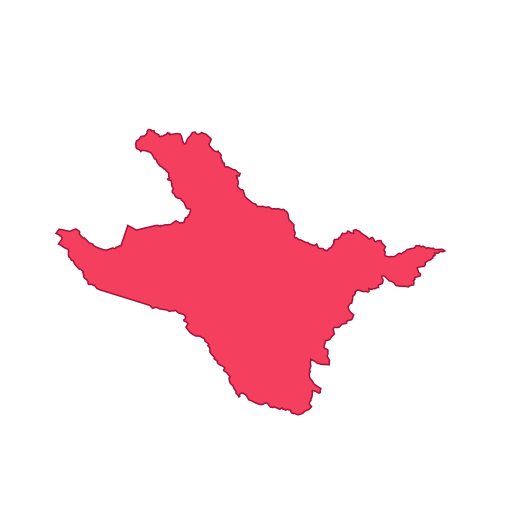 Tauá, Ceará, Brazil, rotated 63°
{"feature_id": "56859067B63965613485254", "entity_name": "Tauá", "entity_type": "district", "adm_level": 2, "iso_a3": "BRA", "parent_name": "Brazil", "parent_adm1": "Ceará", "projection": "orthographic", "projection_center": [-40.274, -5.877], "detail": "fine", "context": "isolated", "style": "filled", "palette": "rose", "viewbox_px": 512, "rotation_deg": 63, "n_neighbors": 0, "source": "geoboundaries", "source_scale": "gbopen_adm2", "svg_char_len": 6142}
<svg xmlns="http://www.w3.org/2000/svg" viewBox="0 0 512 512"><g transform="rotate(63 256 256)"><path d="M373.8,335.2L373.7,334.1L372.6,334.0L371.6,332.8L371.6,330.9L372.4,329.9L374.8,328.3L376.2,327.9L381.0,327.7L382.8,325.8L386.7,323.1L390.2,319.9L391.0,318.3L391.3,316.8L391.1,315.3L392.0,312.8L397.2,311.8L398.8,309.5L398.6,308.3L403.5,304.3L403.0,301.8L404.6,301.6L405.6,300.3L406.9,299.5L406.8,297.8L409.4,295.1L410.2,295.6L412.0,295.5L413.4,294.4L413.4,293.4L416.0,291.3L416.8,290.1L417.4,286.0L416.4,282.9L416.8,278.6L415.6,274.9L411.9,275.7L410.0,273.8L409.8,272.7L408.5,272.0L406.7,269.9L403.2,267.6L401.8,267.3L402.1,266.0L404.2,263.9L406.6,262.5L406.9,260.7L405.6,260.3L403.5,258.4L396.9,262.3L391.4,262.8L389.7,263.6L386.5,262.7L384.3,261.4L383.6,260.0L382.4,260.3L380.0,258.3L379.3,257.2L374.9,255.7L374.2,254.6L372.8,254.1L377.0,251.1L379.7,249.9L380.4,248.6L381.8,247.6L386.2,240.1L384.0,239.2L382.5,237.9L377.4,238.1L376.1,236.5L372.5,234.6L371.4,235.0L369.4,236.7L368.1,236.8L366.7,236.0L365.1,234.1L363.6,233.4L363.0,231.7L363.9,230.4L363.6,227.7L362.2,225.3L361.2,221.6L356.3,220.5L355.4,219.5L355.3,218.2L356.7,216.1L357.2,214.2L355.7,210.2L356.9,206.7L356.9,205.6L355.4,205.3L355.4,202.8L356.1,200.2L355.7,198.8L352.9,195.7L348.7,197.4L346.1,197.6L343.0,197.0L341.0,193.5L341.5,192.2L338.3,189.5L335.8,188.1L335.3,185.8L334.2,184.2L333.1,184.2L332.4,180.7L336.4,176.7L337.7,173.8L339.0,172.6L338.7,171.2L336.1,170.3L337.6,169.1L338.1,168.1L338.6,165.8L339.2,164.9L339.1,162.3L339.8,161.1L337.5,160.2L337.8,156.1L336.4,154.4L334.8,153.6L332.0,153.7L331.2,152.7L331.2,151.7L332.3,150.7L338.5,148.6L341.0,146.1L342.6,145.2L345.3,144.9L346.5,144.0L349.7,139.1L350.8,136.6L352.8,134.4L352.2,132.7L353.3,128.6L350.8,127.0L349.5,127.3L349.0,125.0L347.6,124.9L347.4,123.6L348.3,119.0L347.6,117.9L346.0,117.7L344.7,118.6L339.6,117.7L339.6,116.5L341.5,110.8L340.7,109.2L338.8,108.4L338.3,104.7L338.6,102.3L337.9,99.2L336.4,98.5L336.8,97.1L336.6,96.0L334.5,95.5L336.3,92.1L335.4,90.2L337.2,87.4L337.2,85.4L334.4,87.2L331.7,93.2L330.8,94.2L329.4,94.6L329.4,95.6L326.6,99.1L326.6,100.5L323.0,102.7L322.9,104.6L320.7,105.8L320.8,107.1L319.8,107.9L319.5,109.0L320.8,111.0L318.8,118.5L319.8,121.1L319.6,122.5L320.1,125.8L319.0,126.4L318.5,127.7L319.3,131.4L319.1,133.8L317.4,136.6L317.4,137.7L316.3,138.9L314.5,140.8L312.9,140.4L311.0,138.9L309.7,139.3L308.5,139.1L306.5,136.4L302.1,137.8L298.9,137.7L297.7,140.3L297.5,143.0L296.6,143.5L293.9,143.5L292.1,144.0L292.1,145.3L292.7,147.1L291.6,148.1L290.1,148.1L283.3,151.9L280.9,152.6L279.3,154.2L278.0,154.8L277.4,157.6L280.1,158.9L278.1,161.2L276.2,162.0L275.4,163.0L276.9,164.9L276.1,167.3L275.0,168.6L277.5,172.6L277.4,173.7L278.3,175.1L277.0,178.6L277.6,179.6L280.2,181.1L282.6,185.3L282.3,187.1L283.6,190.4L282.4,191.1L282.4,192.2L279.7,193.0L277.6,196.7L272.9,196.5L273.2,199.2L269.2,203.1L267.7,203.5L266.6,205.4L261.9,208.9L260.6,210.5L258.1,211.7L257.6,212.9L256.2,213.0L253.1,210.5L249.6,210.3L245.3,208.0L238.5,210.2L233.2,208.4L230.1,208.6L229.0,209.8L227.8,209.6L226.8,210.4L226.4,212.3L223.8,214.7L223.5,216.3L221.8,218.7L221.6,220.3L218.0,222.3L217.1,225.2L214.4,227.8L214.5,228.9L213.1,230.7L212.7,232.4L209.5,232.7L207.4,235.0L198.2,238.9L191.7,237.6L190.7,238.0L190.1,239.5L186.2,240.9L184.5,240.1L183.6,239.0L182.4,238.4L179.0,237.5L177.7,237.9L177.3,236.9L175.7,236.9L177.2,234.6L175.2,232.6L173.9,234.1L170.2,235.2L168.2,237.5L163.9,240.5L162.7,242.9L161.1,243.1L158.9,242.1L158.3,243.0L155.0,242.9L151.5,242.3L150.5,241.3L147.8,241.5L146.4,242.2L145.2,242.2L145.3,243.5L143.3,245.7L136.6,247.4L135.2,247.3L132.4,243.6L131.2,242.8L124.9,245.2L121.2,248.6L121.7,249.8L121.3,252.5L120.4,253.5L117.8,254.1L117.1,256.7L118.9,259.5L120.5,263.8L124.1,268.1L123.5,269.1L121.0,269.3L115.9,268.1L112.9,268.2L111.2,270.4L108.8,277.6L107.5,277.2L107.3,278.5L106.0,278.5L107.0,281.5L106.6,283.2L106.9,284.8L106.1,286.0L106.3,287.5L105.2,288.0L104.0,287.5L101.0,290.0L99.5,290.3L98.0,289.9L97.2,292.3L96.0,292.3L94.6,294.0L94.8,295.3L95.7,296.7L97.2,297.2L98.2,299.8L98.4,300.8L97.3,304.0L99.0,307.4L99.3,310.3L101.3,312.1L104.5,313.5L106.1,313.6L108.3,311.7L110.7,311.2L110.1,310.0L110.9,308.4L112.0,306.7L115.6,303.2L118.6,302.3L123.3,302.3L124.8,301.2L128.0,301.5L132.0,300.7L134.7,299.0L136.3,298.6L137.4,297.6L139.9,297.2L142.4,296.1L145.4,297.6L146.9,297.4L147.3,299.9L148.4,299.7L150.3,297.2L151.9,298.1L153.2,298.1L154.6,299.1L158.7,299.2L160.0,301.2L161.4,301.7L164.3,300.6L166.6,300.9L168.8,299.6L170.7,297.1L172.4,297.1L175.2,295.8L181.7,296.2L183.0,295.6L184.0,293.3L185.4,293.4L188.5,296.3L189.2,298.1L190.4,299.4L190.0,301.7L193.4,305.1L192.9,306.9L191.5,309.2L188.3,311.3L189.2,317.9L186.9,323.1L186.4,325.8L185.6,326.8L186.1,328.2L184.6,328.9L183.4,331.0L178.6,350.8L170.5,356.3L185.6,371.7L184.9,373.1L185.3,374.3L184.7,376.8L185.5,378.0L183.7,380.3L183.0,386.3L181.3,388.9L175.5,394.4L172.4,396.2L171.4,396.0L168.5,398.7L162.1,400.6L161.9,401.6L158.3,403.0L156.5,403.3L155.4,403.0L154.8,402.2L153.4,402.3L150.1,404.2L149.3,411.0L142.7,419.2L145.1,424.0L147.4,421.9L148.7,421.7L150.0,420.8L151.4,420.6L152.7,421.1L155.6,426.6L157.6,425.0L161.2,423.3L164.6,420.5L165.9,420.5L169.5,422.5L171.9,423.2L173.0,422.5L176.1,422.4L177.2,421.1L178.4,420.9L180.4,421.4L187.4,419.5L188.7,418.1L191.6,417.1L192.2,417.9L194.5,418.1L196.4,419.0L197.9,418.9L200.5,417.5L203.1,417.5L204.2,418.1L205.6,417.8L206.8,414.8L208.2,414.4L209.0,413.2L212.6,412.5L215.1,410.6L251.8,373.0L255.7,371.9L256.1,368.9L257.1,367.3L259.3,365.9L263.8,359.7L266.1,358.3L266.6,355.6L267.4,354.8L267.9,352.4L271.8,350.8L275.2,346.9L278.3,346.3L280.1,347.9L280.1,349.4L281.4,349.6L283.1,347.9L285.5,347.4L287.6,350.7L294.3,349.5L299.7,346.3L302.1,342.2L304.6,340.9L305.2,339.9L306.4,339.5L308.5,340.1L312.4,338.3L313.5,338.5L314.0,339.7L316.6,338.9L318.3,339.4L320.4,340.7L323.0,340.4L327.6,338.9L328.5,340.0L332.4,338.1L333.5,338.9L334.6,338.7L337.6,337.1L338.7,335.7L341.5,334.6L343.0,336.8L344.1,336.6L346.0,335.3L351.9,333.8L352.6,335.6L356.4,336.6L358.3,336.6L361.2,335.4L364.5,335.8L367.3,335.2L369.3,336.1L371.3,335.3L373.8,335.2Z" fill="#f43f5e" stroke="#9f1239" stroke-width="1.5"/></g></svg>